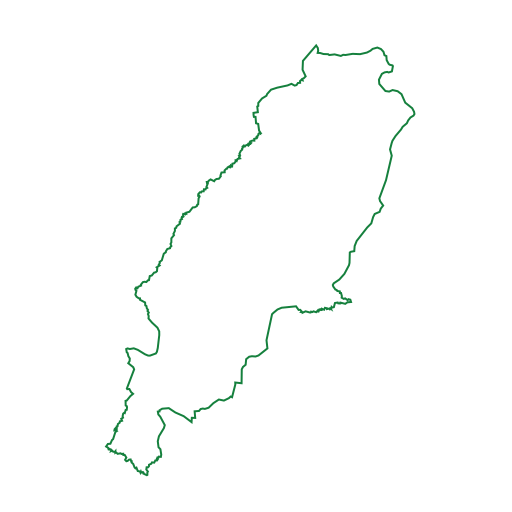 Plaeng Yao, Chachoengsao, Thailand, rotated 80°
{"feature_id": "78962969B34139607112253", "entity_name": "Plaeng Yao", "entity_type": "district", "adm_level": 2, "iso_a3": "THA", "parent_name": "Thailand", "parent_adm1": "Chachoengsao", "projection": "orthographic", "projection_center": [101.361, 13.55], "detail": "fine", "context": "isolated", "style": "outline", "palette": "green", "viewbox_px": 512, "rotation_deg": 80, "n_neighbors": 0, "source": "geoboundaries", "source_scale": "gbopen_adm2", "svg_char_len": 6087}
<svg xmlns="http://www.w3.org/2000/svg" viewBox="0 0 512 512"><g transform="rotate(80 256 256)"><path d="M105.7,227.2L108.6,227.7L109.0,228.8L114.7,229.2L114.6,233.6L116.6,233.9L118.6,233.9L118.9,232.3L125.3,232.9L126.3,230.9L133.0,231.2L135.6,230.1L135.5,230.8L136.2,230.8L135.7,231.6L136.3,232.5L137.7,232.9L138.6,234.7L139.6,235.2L139.8,234.5L140.2,234.8L140.3,237.4L142.1,237.6L141.7,239.5L142.2,241.9L143.0,242.5L143.9,241.2L144.7,242.2L144.3,243.9L145.6,243.8L146.0,244.4L144.9,245.2L145.4,247.0L146.3,248.0L146.1,248.9L145.2,249.0L146.0,250.3L147.1,250.2L147.9,251.1L148.8,251.1L149.9,252.8L152.5,254.6L153.9,254.2L154.3,255.2L155.0,254.7L155.8,255.5L157.1,254.8L157.2,257.3L158.9,258.4L158.1,258.9L158.1,259.5L159.2,259.5L160.9,261.3L161.0,263.2L163.4,263.9L162.6,264.8L163.6,264.9L164.3,265.8L163.9,266.7L163.1,266.7L163.8,268.6L164.9,269.2L164.8,269.9L166.3,272.1L168.1,272.3L167.8,275.5L170.5,277.0L171.3,276.8L173.5,279.1L173.3,281.5L174.0,283.2L175.1,284.2L172.7,287.4L173.7,289.6L174.8,290.4L174.6,291.6L175.8,291.6L175.6,291.0L176.1,290.8L179.3,292.8L180.4,292.2L180.9,293.8L181.7,294.2L181.3,295.7L183.2,296.3L183.0,298.4L183.9,299.1L183.5,300.2L185.0,302.1L186.6,302.5L186.7,301.4L187.6,301.2L189.2,302.5L195.1,304.0L195.3,305.0L196.6,305.6L197.4,307.9L197.2,309.9L200.9,313.9L201.2,317.2L202.3,317.3L202.0,317.9L202.6,318.4L201.8,319.1L202.3,319.8L202.0,320.4L203.0,320.8L204.5,320.5L205.0,321.5L204.7,322.2L205.8,322.8L206.8,322.5L207.4,324.2L209.1,324.5L209.3,325.4L211.0,325.3L213.0,329.1L214.4,329.7L214.8,331.1L217.2,331.5L219.9,333.5L221.2,333.1L223.9,336.3L227.9,337.0L229.3,338.1L231.5,337.6L232.5,339.0L233.4,339.3L233.7,342.1L235.8,344.0L236.7,344.2L237.7,346.4L243.9,349.5L245.1,352.0L246.1,351.9L247.8,353.3L248.6,352.6L249.9,355.8L250.7,355.3L253.8,356.2L254.6,357.6L254.7,359.3L257.1,362.0L257.3,364.1L261.2,365.6L261.2,366.7L262.6,368.5L262.0,370.3L262.1,371.9L264.3,374.4L265.2,374.3L265.8,377.3L267.3,378.4L267.1,379.3L266.3,379.6L267.2,380.6L268.4,380.6L269.5,379.8L273.2,381.5L275.4,380.7L277.3,378.8L277.6,377.6L279.0,377.8L282.5,373.3L285.4,373.6L286.2,372.6L288.6,372.6L290.3,371.7L291.3,372.4L293.1,371.4L294.4,372.5L296.4,372.1L298.9,372.7L303.5,370.0L309.5,365.5L313.4,364.4L317.1,365.0L329.5,368.7L333.1,370.2L334.6,371.5L335.7,377.8L335.3,379.6L333.5,382.4L327.9,388.7L325.7,392.4L325.7,396.4L324.7,398.6L325.1,400.0L328.4,400.0L329.2,399.3L332.5,399.1L335.0,398.1L337.5,398.7L339.4,400.4L344.2,396.2L346.5,395.7L364.1,406.2L364.8,405.9L365.0,403.8L368.3,402.7L370.4,401.0L372.1,404.0L375.9,408.4L376.0,409.6L380.6,410.3L381.5,409.3L382.6,409.3L385.0,410.0L385.0,411.1L387.9,412.5L387.5,413.0L388.2,414.2L390.7,415.2L392.1,415.0L392.9,417.0L395.0,416.5L395.2,418.8L396.5,419.2L397.5,421.2L399.6,421.9L399.6,422.7L401.6,423.1L400.9,423.9L402.0,425.3L402.8,425.6L402.5,424.4L403.9,423.6L403.9,424.3L404.5,424.1L404.8,425.0L411.5,428.5L412.3,429.8L415.6,432.0L415.4,434.5L417.6,436.7L419.1,435.0L420.5,434.8L420.3,434.0L420.6,433.6L421.2,433.8L421.4,432.4L422.2,432.1L423.0,432.6L422.7,431.4L423.9,430.7L424.4,429.0L423.9,428.4L425.4,428.7L425.1,427.9L426.8,426.6L426.8,423.6L427.6,422.9L427.7,421.1L428.9,421.2L429.2,419.8L432.0,418.7L434.0,420.3L435.6,419.3L435.5,418.0L434.5,416.4L434.6,414.8L436.1,414.7L436.5,414.0L437.7,414.4L439.5,413.0L443.1,412.3L444.2,411.6L443.7,410.5L447.2,409.8L448.1,407.6L449.2,407.4L448.3,406.8L449.4,406.6L449.1,404.9L449.8,404.4L450.7,404.7L452.9,401.6L452.7,401.0L450.4,400.6L449.5,399.9L447.2,401.1L445.1,400.4L445.4,399.2L444.6,398.0L443.0,397.6L442.4,395.2L441.2,394.3L441.8,392.1L439.9,390.7L440.2,389.0L439.4,388.3L439.1,389.1L438.1,388.7L438.0,387.9L437.3,387.8L437.5,387.0L436.7,386.5L437.3,384.6L435.2,383.8L429.7,383.7L427.4,385.2L421.4,384.9L416.7,382.9L409.5,376.6L406.7,375.2L397.6,378.2L395.1,379.7L392.2,379.7L392.3,378.0L391.2,377.8L390.1,374.9L390.7,368.3L396.1,362.6L401.2,355.0L408.4,348.3L404.2,347.3L404.9,344.0L398.3,343.4L398.7,339.0L397.1,337.1L397.0,334.9L397.7,332.9L397.2,329.0L393.5,323.5L390.9,317.5L392.8,312.7L391.3,307.4L390.0,305.3L390.9,304.1L379.0,298.7L377.0,298.4L378.8,292.3L365.1,289.7L363.0,288.1L361.3,285.1L355.9,283.6L354.0,280.2L354.0,277.4L354.9,273.9L354.4,270.8L349.0,260.8L340.8,260.3L316.1,250.3L315.0,248.7L312.4,244.1L311.4,239.7L312.5,225.3L316.5,223.4L316.7,221.8L318.5,220.7L319.0,221.3L319.5,219.7L319.9,219.8L319.1,216.8L321.1,212.5L321.0,211.7L320.4,211.4L321.0,210.1L320.5,209.0L321.8,206.5L320.5,204.8L321.4,204.8L321.6,204.1L319.6,202.7L319.6,201.8L320.5,201.5L320.6,200.7L319.4,200.3L320.7,198.2L319.0,197.1L319.8,195.2L320.6,195.3L320.5,193.1L321.2,192.6L320.5,192.0L321.1,191.4L320.3,191.6L320.2,190.7L319.4,190.4L320.0,190.0L319.9,188.2L316.0,186.4L316.0,183.6L316.9,183.3L317.4,181.4L317.3,180.8L316.9,181.4L316.5,181.1L318.6,176.4L317.5,174.1L317.8,170.4L315.4,170.7L314.6,172.4L315.4,173.4L313.2,175.6L313.5,177.0L311.9,178.9L310.4,178.4L307.2,178.7L307.0,179.8L305.4,179.6L304.6,182.0L303.4,182.5L302.9,183.6L299.5,185.2L297.9,185.4L296.4,184.2L293.7,178.1L289.0,172.1L281.2,166.0L279.0,165.1L268.8,163.0L268.3,161.8L268.3,158.4L263.3,157.1L258.6,154.2L247.2,141.5L243.9,136.8L238.0,133.9L235.2,131.8L234.0,126.6L231.0,124.9L228.4,122.0L223.5,124.3L220.6,124.5L203.9,114.8L180.8,104.9L174.3,105.5L168.4,102.8L166.2,101.6L162.0,97.7L156.7,91.3L154.2,89.1L151.5,84.4L148.9,82.6L146.4,79.8L145.1,76.5L143.7,75.3L141.4,75.3L137.6,76.5L130.9,82.4L121.9,84.6L118.3,87.9L116.3,92.7L117.2,96.3L116.0,99.9L108.0,104.7L103.7,104.3L98.5,100.4L97.5,97.5L97.5,94.8L98.3,93.5L97.8,90.1L92.8,88.2L92.0,88.5L90.8,91.2L89.8,92.0L85.8,93.3L81.7,92.9L80.6,94.6L77.0,95.0L73.9,97.0L71.8,100.3L72.3,105.2L73.7,107.6L74.9,111.4L75.3,118.5L73.7,125.7L73.6,133.0L73.0,135.2L73.7,137.7L71.1,143.6L70.8,149.0L69.8,149.9L68.8,154.5L67.2,157.6L66.7,160.0L64.5,159.1L61.9,159.0L59.1,160.2L72.0,175.9L80.7,177.8L87.7,175.9L89.2,178.0L89.7,179.8L91.1,179.6L90.5,180.9L91.4,182.3L93.1,182.5L92.9,184.7L94.7,186.4L94.9,188.3L92.6,191.2L93.5,195.3L93.9,205.8L94.8,212.3L98.4,216.9L100.0,217.9L101.9,222.7L105.7,227.2Z" fill="none" stroke="#15803d" stroke-width="2"/></g></svg>